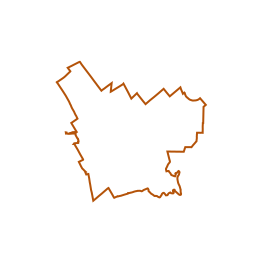 outline of Focsani, Vrancea, Romania, rotated 319°
{"feature_id": "2599482B48178817196706", "entity_name": "Focsani", "entity_type": "district", "adm_level": 2, "iso_a3": "ROU", "parent_name": "Romania", "parent_adm1": "Vrancea", "projection": "mercator", "projection_center": [27.2, 45.699], "detail": "fine", "context": "isolated", "style": "outline", "palette": "amber", "viewbox_px": 256, "rotation_deg": 319, "n_neighbors": 0, "source": "geoboundaries", "source_scale": "gbopen_adm2", "svg_char_len": 5672}
<svg xmlns="http://www.w3.org/2000/svg" viewBox="0 0 256 256"><g transform="rotate(319 128 128)"><path d="M124.7,212.6L125.0,212.3L125.2,211.7L125.6,211.2L126.0,210.5L126.6,209.8L127.0,209.4L127.2,209.2L127.3,208.9L127.7,208.1L128.2,207.1L128.6,206.2L128.8,205.8L129.0,205.1L129.3,203.9L129.6,203.0L129.9,202.2L130.8,200.6L131.6,199.3L131.7,199.1L132.0,198.7L132.3,198.4L132.8,197.9L132.9,197.7L133.7,197.3L134.0,197.1L134.5,197.0L135.5,196.7L135.8,196.6L136.0,196.5L136.2,196.4L136.5,196.1L137.6,195.4L137.9,195.1L138.0,194.8L138.1,194.4L138.1,194.1L138.0,193.8L137.9,193.6L137.7,193.6L136.6,193.7L135.9,193.9L135.4,193.9L135.1,193.8L134.8,193.6L134.4,193.3L133.8,193.5L133.7,193.8L133.6,194.2L133.5,194.5L133.2,194.6L132.9,194.7L132.7,194.9L132.5,195.1L132.4,195.2L132.2,195.3L131.9,195.4L131.7,195.2L131.4,194.8L131.2,194.6L131.1,194.4L131.1,194.2L130.7,193.5L130.5,193.1L130.3,192.8L130.1,192.2L129.9,192.0L129.9,191.7L130.0,191.4L130.1,190.8L130.2,190.5L130.3,190.2L130.3,189.8L130.3,189.3L130.3,188.8L130.3,188.5L130.3,188.2L130.5,187.1L129.8,186.6L129.4,186.3L128.6,185.9L129.0,185.1L129.5,184.2L129.8,183.8L130.0,183.7L130.3,183.5L130.9,183.3L131.6,183.0L132.2,182.8L132.9,182.4L133.8,182.0L134.5,181.7L136.2,181.4L137.2,181.2L137.5,181.0L137.6,180.8L137.9,180.4L138.5,179.1L142.3,171.6L154.5,182.5L156.0,181.6L156.4,181.4L156.9,181.1L157.2,180.8L157.9,180.5L158.7,180.0L161.9,182.8L163.3,184.1L163.6,184.0L164.1,184.0L165.4,183.7L168.4,183.3L169.8,183.1L170.0,183.0L170.9,183.0L172.4,181.6L173.2,180.9L173.5,180.6L174.1,179.8L174.5,179.4L175.1,178.8L175.5,178.3L176.1,177.8L177.0,176.9L178.4,178.1L179.6,179.2L180.1,179.6L180.9,180.3L181.2,180.6L184.0,177.5L184.3,177.1L185.8,175.4L186.6,174.6L187.7,173.4L188.0,173.6L198.9,161.6L201.9,161.6L201.9,157.4L201.9,152.8L201.7,152.8L201.3,152.8L200.6,152.8L200.0,152.7L199.5,152.6L198.6,152.3L197.4,151.7L196.4,151.0L195.8,150.5L195.0,149.9L194.6,149.4L194.2,148.8L193.4,147.4L193.2,147.0L192.9,145.7L192.8,144.7L192.7,144.1L192.6,143.8L192.6,143.4L192.6,143.0L192.5,142.5L192.5,142.3L192.6,142.0L192.7,141.5L192.8,141.1L193.4,139.5L193.6,139.2L193.8,138.7L193.7,138.4L193.7,138.2L192.7,138.2L191.9,138.2L193.5,133.4L194.2,131.7L180.3,131.5L180.4,126.6L180.6,121.8L173.4,121.8L168.0,121.7L165.4,121.6L162.7,121.5L157.9,121.5L156.9,121.5L157.0,117.4L157.4,108.7L157.5,108.0L157.6,107.6L149.8,108.0L151.7,100.3L153.7,91.5L153.1,91.6L152.6,91.6L150.0,91.2L148.1,90.9L144.6,90.3L141.6,89.8L139.2,89.4L138.8,89.3L139.2,88.9L143.9,84.5L145.1,83.4L143.0,83.2L140.7,83.0L138.0,82.8L136.1,82.7L134.4,82.5L133.2,82.4L132.4,82.4L132.9,74.9L133.0,73.9L133.2,70.8L133.6,65.9L133.7,64.5L134.2,56.8L134.5,52.3L134.7,49.5L135.1,46.5L135.0,46.4L134.2,46.1L129.0,44.8L128.2,44.6L126.1,44.1L123.9,43.5L122.0,43.0L121.7,47.4L121.4,47.5L120.3,47.5L114.6,47.8L113.4,47.8L111.7,47.7L109.0,47.4L108.5,47.3L107.4,47.2L106.3,47.1L106.1,47.0L105.6,47.0L105.0,46.8L104.6,46.7L104.3,46.7L104.1,49.1L103.7,52.0L103.2,55.9L102.8,58.8L102.2,62.8L101.5,66.2L100.9,69.1L100.5,70.6L100.1,71.6L99.9,72.7L99.6,73.7L99.0,75.4L98.6,77.0L98.4,78.2L98.1,79.7L97.9,80.6L97.5,81.8L97.2,82.9L96.9,84.2L96.9,84.6L96.0,87.8L90.2,87.2L88.5,87.0L87.0,95.4L86.7,97.3L86.4,97.2L85.8,96.8L85.2,96.2L83.6,94.9L82.8,94.6L82.6,95.0L81.9,94.4L81.3,94.0L81.1,94.4L80.1,93.7L79.3,93.1L78.8,92.6L78.4,92.2L78.1,91.7L77.9,91.6L78.6,91.0L78.2,90.5L77.6,91.4L77.8,91.7L79.3,93.4L80.3,94.2L82.5,95.8L83.4,96.6L84.2,97.4L84.8,97.9L83.9,98.9L83.7,99.2L83.6,99.9L83.1,102.1L82.9,103.3L83.1,103.4L82.5,104.7L82.2,104.9L82.1,105.4L81.8,105.8L81.3,105.6L81.0,106.1L80.6,106.6L77.4,104.3L77.0,104.4L76.5,104.5L76.9,104.9L76.9,105.1L76.9,105.8L76.6,106.8L76.4,108.1L75.8,111.4L74.7,116.2L73.5,122.3L73.3,122.5L73.1,122.5L68.7,121.3L67.4,126.2L66.9,128.5L67.1,130.3L67.1,131.3L67.3,133.2L66.9,133.0L66.7,133.4L66.7,133.6L66.6,133.8L66.5,134.2L66.3,134.7L66.0,135.7L66.8,136.1L67.2,136.3L67.9,136.7L65.7,140.5L64.8,141.9L63.4,144.1L62.3,146.0L59.5,150.5L58.1,153.3L57.9,153.6L54.1,160.1L57.7,160.2L61.5,160.2L65.3,160.3L68.6,160.3L72.1,160.3L72.9,160.3L73.2,160.3L73.4,160.4L73.9,160.5L72.9,165.8L72.5,167.9L71.9,170.6L71.8,171.2L71.8,171.6L75.4,172.7L75.4,173.0L77.2,173.9L78.4,174.6L79.0,174.8L79.6,175.1L81.5,175.9L84.3,177.2L84.8,177.4L85.4,177.1L85.5,177.2L85.4,177.3L85.5,177.6L85.8,177.7L87.4,178.4L87.5,178.6L88.2,178.9L89.0,179.3L89.9,179.7L90.3,179.8L91.4,180.3L92.2,180.7L93.7,181.6L94.2,181.8L94.5,182.1L94.9,182.5L95.6,183.0L96.0,183.4L96.4,184.0L96.6,184.5L97.2,184.9L98.3,185.0L99.2,185.1L99.8,185.3L100.7,185.6L103.1,186.4L103.3,186.8L103.1,187.6L102.9,188.2L102.7,188.4L102.2,188.9L102.2,189.4L102.2,190.4L102.4,191.2L102.3,192.1L102.3,192.3L102.6,193.4L103.0,194.6L103.2,195.6L103.3,196.3L103.4,196.6L103.7,197.0L103.9,197.2L104.2,197.3L104.5,197.5L105.0,198.1L105.2,198.4L105.3,198.6L105.3,199.0L105.6,199.8L106.0,200.7L106.1,200.9L106.2,201.0L106.6,201.2L107.0,201.2L107.7,201.0L107.9,200.9L108.4,200.8L108.5,200.8L109.1,200.7L109.6,200.4L110.2,200.1L110.5,200.1L110.9,200.0L111.3,200.0L111.7,200.0L112.0,200.1L112.3,200.3L112.5,200.5L112.6,201.2L112.5,201.8L112.6,202.3L112.6,202.8L112.5,203.3L112.4,203.6L112.6,203.8L113.1,204.2L113.6,204.5L114.0,204.5L114.5,204.4L115.0,204.1L115.7,204.0L116.0,204.0L116.6,204.1L117.4,204.3L117.6,204.4L117.6,204.6L117.7,205.0L117.7,205.4L117.9,205.6L118.2,206.0L118.6,206.5L118.9,206.7L119.3,207.0L119.6,207.0L119.9,206.9L120.1,206.8L120.2,206.5L120.4,205.4L120.6,205.0L121.0,204.6L121.4,204.5L121.8,204.5L122.2,204.7L122.6,205.1L122.6,205.3L122.4,205.8L122.2,206.2L122.2,206.7L122.3,207.5L122.8,211.5L123.1,212.3L123.4,212.7L123.8,212.9L124.0,213.0L124.4,212.9L124.7,212.6Z" fill="none" stroke="#b45309" stroke-width="2"/></g></svg>